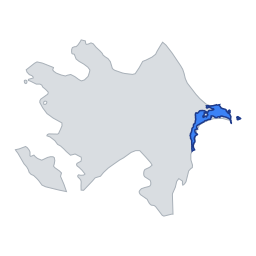 location of Baku City, Bakı, Azerbaijan
{"feature_id": "54616110B61947743987915", "entity_name": "Baku City", "entity_type": "district", "adm_level": 2, "iso_a3": "AZE", "parent_name": "Azerbaijan", "parent_adm1": "Bakı", "projection": "equal_earth", "projection_center": [49.825, 40.136], "detail": "fine", "context": "in_parent", "style": "filled", "palette": "blue", "viewbox_px": 256, "rotation_deg": 0, "n_neighbors": 0, "source": "geoboundaries", "source_scale": "gbopen_adm2", "svg_char_len": 8651}
<svg xmlns="http://www.w3.org/2000/svg" viewBox="0 0 256 256"><path d="M173.0,214.2L171.9,214.1L163.9,216.1L162.3,215.4L155.5,206.5L154.1,205.5L151.2,205.1L149.5,203.6L148.1,201.2L147.3,199.4L140.4,194.6L139.3,192.8L139.2,191.3L140.2,189.9L141.4,188.7L144.9,187.5L148.9,186.5L150.2,185.7L150.8,184.4L150.8,182.4L150.2,180.3L144.5,176.6L143.8,175.1L143.7,173.1L144.0,171.1L144.9,169.5L149.6,167.3L152.1,165.1L150.6,162.6L145.6,156.9L139.7,150.6L135.7,150.6L131.1,152.4L123.6,157.8L119.5,160.1L114.2,163.8L108.3,168.0L103.5,172.5L100.5,176.2L95.2,177.8L92.5,180.9L83.6,190.3L81.1,190.1L81.0,185.5L81.2,181.8L80.6,179.7L77.8,176.8L77.8,175.6L78.6,174.8L80.8,175.3L83.6,175.1L85.0,174.0L82.0,170.2L79.4,167.7L77.1,165.9L76.6,164.9L76.6,164.2L77.1,163.3L81.0,161.2L81.4,159.3L81.2,157.2L75.1,154.0L70.5,155.2L66.4,151.6L63.8,148.9L60.6,146.0L57.6,144.4L54.9,140.7L50.0,136.9L46.9,135.8L47.0,135.2L47.5,134.5L48.9,133.9L57.6,134.1L58.7,133.4L59.3,131.8L60.5,129.4L62.0,125.8L61.9,122.9L53.2,118.1L47.0,113.6L42.7,107.8L39.8,102.5L39.9,100.7L40.8,99.1L47.7,94.2L48.2,92.9L48.1,92.0L45.7,89.5L42.7,87.0L41.8,85.1L39.9,84.1L36.3,84.1L29.9,80.9L28.6,80.6L28.3,80.0L28.6,79.3L33.2,78.0L33.2,77.0L31.8,75.6L29.3,74.6L27.0,72.1L26.2,69.8L34.6,63.2L37.0,61.9L42.4,63.1L53.5,67.5L52.7,69.9L53.8,71.3L56.3,73.1L61.2,75.0L65.4,76.0L67.5,75.2L70.7,74.5L74.8,76.6L78.6,79.4L80.5,80.5L81.6,80.9L84.5,79.9L88.1,76.4L89.5,72.1L89.9,70.0L87.9,67.2L83.8,64.1L79.1,61.4L76.1,59.0L74.3,54.3L72.3,53.8L71.8,53.2L71.6,51.6L71.7,49.3L72.4,47.6L74.3,46.8L76.2,46.6L78.0,44.9L80.2,41.7L81.2,39.9L85.3,40.9L85.8,43.8L86.5,44.4L88.2,44.1L91.0,42.9L93.2,43.8L96.1,47.3L100.0,50.9L102.2,53.3L103.0,55.0L105.0,56.7L108.0,58.6L110.3,61.6L112.4,68.6L114.5,70.2L122.2,72.9L124.9,73.5L132.5,74.4L135.2,73.7L139.2,67.7L142.7,61.4L146.0,60.1L152.0,57.1L155.6,54.3L157.1,51.2L160.5,45.5L162.6,42.2L166.0,45.1L172.0,52.9L180.6,65.7L182.7,69.3L184.1,73.5L185.3,78.6L187.3,83.1L196.0,94.4L199.8,98.6L206.0,104.0L208.2,105.2L211.2,105.6L216.5,105.6L221.4,107.7L223.8,109.2L226.3,111.4L228.6,113.9L230.9,120.6L222.3,118.4L213.7,118.7L208.9,120.1L204.1,122.1L199.6,124.9L196.8,130.3L194.4,142.8L190.8,154.5L190.9,159.9L192.5,165.1L192.3,167.6L190.7,168.7L188.7,170.9L186.0,181.7L184.6,183.8L182.9,185.2L182.4,183.9L182.5,181.1L178.8,178.6L176.7,181.4L175.3,187.3L172.5,193.6L172.4,194.8L173.0,214.2ZM46.5,103.6L46.9,102.0L45.9,101.2L44.7,101.2L43.7,102.0L43.7,104.1L45.0,104.5L46.5,103.6ZM17.2,152.3L15.9,150.6L15.4,149.7L19.2,148.9L25.6,146.5L27.3,147.7L29.1,150.0L30.0,152.0L30.0,155.8L30.8,156.4L33.9,155.1L35.2,156.6L37.6,158.5L41.7,160.2L47.7,157.4L50.6,156.7L53.1,156.8L54.3,157.7L54.8,160.6L54.2,164.2L53.5,166.1L54.7,167.6L59.5,171.0L61.5,173.0L60.5,176.3L64.0,184.5L65.1,187.7L66.5,191.6L59.1,190.1L45.7,186.8L42.0,185.1L38.6,180.5L36.6,178.3L33.6,175.5L31.1,174.4L29.2,172.4L28.2,169.5L26.7,166.9L24.0,163.8L18.0,153.4L17.2,152.3ZM26.7,83.0L25.9,83.6L24.7,83.0L24.3,81.7L24.4,80.4L25.7,80.1L26.7,80.5L27.0,81.7L26.7,83.0Z" fill="#d9dde1" stroke="#a8b0b8" stroke-width="1"/><path d="M190.1,135.2L190.1,135.5L190.2,135.9L190.4,136.3L190.6,136.8L190.6,137.1L190.6,137.4L190.5,138.2L190.8,138.7L191.1,139.2L191.3,139.7L191.5,140.2L191.8,140.6L191.7,141.5L191.7,142.0L191.7,142.8L191.8,143.4L191.7,144.0L191.8,144.8L191.9,145.8L191.8,146.7L191.9,148.0L191.8,148.6L191.9,149.2L192.0,149.7L192.1,150.2L192.1,150.7L192.3,150.9L192.3,151.0L192.7,150.6L193.1,150.4L193.6,150.3L193.9,150.1L194.2,150.0L194.6,149.8L194.3,149.2L194.1,148.8L193.8,148.2L193.6,147.8L193.4,147.1L193.4,146.6L193.3,146.2L193.3,145.8L193.2,145.2L193.4,144.6L193.5,144.2L193.7,143.8L193.8,143.2L194.1,142.9L194.2,142.6L194.6,142.3L194.9,141.9L194.9,141.4L194.9,140.9L194.7,139.9L194.3,139.2L194.3,138.4L194.4,137.7L194.6,137.2L194.9,136.7L195.4,135.9L195.8,135.5L196.1,135.2L197.0,134.9L197.4,134.5L197.0,133.8L196.2,133.2L195.4,132.9L195.1,131.9L194.9,131.3L194.9,131.0L194.9,130.5L194.9,130.2L195.0,129.9L195.2,129.6L195.7,129.4L196.0,129.3L196.4,129.2L196.7,129.1L197.1,128.9L197.3,128.9L197.2,128.7L197.0,128.1L196.7,127.6L196.6,127.0L196.6,126.4L196.9,125.8L197.3,125.4L197.7,125.3L198.0,125.0L198.4,124.7L199.1,124.4L199.4,124.2L199.9,123.9L200.5,123.6L201.2,123.2L201.6,122.9L202.3,122.6L202.5,122.4L203.0,122.2L203.5,122.1L203.8,121.9L204.0,121.7L204.3,121.4L204.4,121.2L204.7,120.9L205.0,120.7L205.4,120.6L205.7,120.6L206.1,120.6L206.5,120.5L206.7,120.3L207.0,120.2L207.4,120.0L207.6,119.8L208.0,119.7L208.4,119.5L208.6,119.4L209.0,119.3L209.3,119.3L209.6,119.5L210.0,119.4L210.3,119.4L210.5,119.1L210.6,118.9L210.8,118.3L210.8,118.0L210.9,117.6L211.1,117.4L211.4,117.3L211.4,117.1L211.1,116.7L211.1,116.4L211.1,116.0L211.4,115.9L211.6,116.0L211.8,115.9L212.1,115.9L212.4,115.9L212.7,116.0L213.1,116.1L213.4,116.2L213.6,116.3L213.9,116.5L214.2,116.7L214.4,116.8L214.7,117.1L215.0,117.2L215.1,117.5L215.4,117.6L215.7,117.5L216.0,117.5L216.3,117.6L216.7,117.6L216.8,117.6L217.1,117.5L217.2,117.4L217.4,117.2L217.6,117.1L218.0,117.0L218.1,116.8L218.4,116.8L218.7,116.7L218.8,116.7L219.0,116.8L219.3,116.8L219.4,117.0L219.5,117.1L219.6,116.9L219.8,116.9L219.9,117.0L220.0,117.1L220.1,116.9L220.1,116.7L220.3,116.4L220.5,116.3L220.7,116.2L221.1,116.2L221.3,116.1L221.7,116.1L221.9,116.1L222.1,116.2L222.4,116.2L222.5,116.3L222.8,116.4L223.1,116.4L223.2,116.5L223.5,116.6L223.8,116.8L224.0,116.8L224.3,116.8L224.7,116.8L225.1,116.9L225.7,117.1L226.1,117.2L226.5,117.4L227.4,117.8L227.7,118.0L228.4,118.2L228.9,118.6L229.3,118.9L229.7,119.1L229.9,119.3L230.1,119.7L230.4,120.2L230.6,120.6L230.6,121.2L230.6,121.7L230.7,121.9L230.8,122.2L230.8,122.6L230.9,122.9L231.3,123.1L231.3,122.8L231.3,122.3L231.0,122.2L230.9,122.0L230.9,121.6L230.9,121.4L230.9,121.2L231.0,120.8L230.9,120.6L230.9,120.4L230.7,120.0L230.5,119.4L230.5,118.9L230.7,118.4L230.7,117.8L230.8,117.3L230.9,116.6L230.6,116.0L230.3,115.5L230.1,115.0L229.9,114.5L229.6,114.1L229.3,113.7L228.7,113.5L228.2,113.2L227.8,112.8L227.6,112.3L227.4,112.2L227.0,111.8L226.4,111.2L226.2,110.6L226.2,110.0L225.7,109.6L225.2,109.3L224.6,109.1L223.9,109.0L223.1,108.7L222.4,108.6L221.9,108.3L221.2,108.0L220.8,107.7L220.6,107.1L220.3,106.6L220.0,106.2L219.6,105.9L219.4,105.5L219.2,105.2L219.5,104.7L218.8,104.8L217.6,105.1L216.8,105.0L216.4,104.7L215.3,105.2L214.4,105.3L213.2,105.7L211.3,105.9L211.1,106.0L210.7,106.0L210.2,106.0L209.7,106.1L209.3,106.0L209.0,105.9L208.7,105.8L208.4,105.6L208.2,105.6L207.8,105.7L207.4,105.8L207.0,105.7L206.6,105.8L206.8,106.0L206.7,106.3L206.5,106.7L206.5,107.0L206.4,107.5L206.6,107.8L206.9,108.0L207.1,108.0L207.3,108.0L207.6,107.9L207.9,107.7L208.3,107.3L208.7,107.3L209.3,107.3L209.8,107.4L210.2,107.6L210.6,107.8L211.0,108.0L211.4,108.4L211.7,108.6L212.2,108.6L212.9,108.7L213.3,108.7L213.5,108.8L213.7,109.1L213.8,109.4L213.7,109.6L213.4,109.8L212.9,109.9L212.5,110.1L211.9,110.3L211.3,110.4L210.5,110.4L210.0,110.4L209.3,110.4L208.9,110.6L208.5,110.9L208.5,111.3L208.0,112.0L207.5,112.0L207.0,112.0L206.6,111.9L206.2,111.9L205.9,111.6L205.4,111.6L205.1,111.3L204.8,110.8L204.5,110.8L204.1,110.6L203.5,110.7L202.3,110.5L202.0,110.5L201.6,110.6L201.1,110.6L200.7,110.6L200.2,110.7L199.6,110.9L199.1,111.5L198.9,111.8L198.6,112.1L198.0,112.7L197.8,112.9L197.5,113.2L197.0,113.2L196.7,113.1L196.5,112.9L196.1,112.8L195.8,113.1L195.6,113.3L195.5,113.8L195.4,114.4L195.3,115.1L195.6,116.0L195.5,116.6L195.5,117.3L195.5,118.1L195.7,118.6L195.7,119.3L195.6,120.1L195.3,120.9L195.3,121.7L195.1,122.8L195.0,123.2L194.6,123.6L194.3,123.8L193.8,124.2L193.6,124.3L193.5,124.9L193.4,125.5L193.5,126.4L193.3,127.0L192.8,127.5L192.4,127.9L192.0,128.5L192.0,128.9L191.9,129.2L191.9,129.7L191.8,130.3L191.7,130.9L191.5,131.4L191.4,132.0L191.2,132.6L190.8,133.1L190.5,133.5L190.5,134.1L190.6,134.8L190.4,135.0L190.1,135.2ZM205.4,112.9L205.8,113.1L206.2,113.0L206.9,113.0L207.2,113.1L207.4,113.8L207.5,114.0L207.8,114.5L207.8,115.1L207.4,115.4L207.1,115.4L207.0,115.7L206.8,116.3L206.6,116.8L206.4,116.9L206.1,116.7L205.6,116.3L205.3,116.1L204.9,116.1L204.6,116.5L204.2,116.9L203.9,117.2L203.3,117.4L202.9,116.7L203.0,116.0L203.4,115.6L203.8,115.2L204.0,114.7L204.2,114.3L204.4,113.6L204.3,113.3L204.3,112.8L204.6,112.8L205.1,112.9L205.4,112.9ZM238.4,119.5L239.1,119.3L240.4,118.8L240.6,118.6L240.2,118.1L239.3,117.6L238.6,117.1L238.2,116.8L237.5,116.7L237.1,116.9L236.8,117.3L237.1,117.9L237.3,118.1L237.6,118.3L237.4,118.4L237.1,118.9L237.1,119.0L237.4,119.6L237.9,119.8L238.4,119.5ZM229.7,112.6L230.0,112.6L230.1,112.3L230.0,111.9L230.0,111.5L230.1,110.8L229.7,110.3L229.3,110.1L228.9,110.4L228.5,110.6L228.3,110.8L228.6,110.9L228.7,111.2L228.8,111.4L229.1,112.1L229.4,112.6L229.7,112.6Z" fill="#3b82f6" stroke="#1e3a8a" stroke-width="1.5"/></svg>